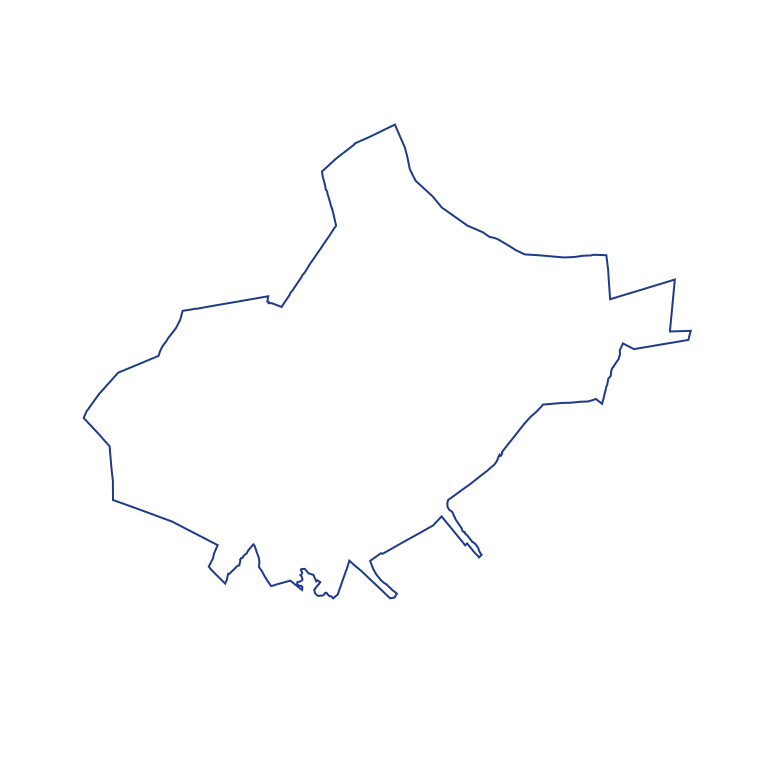 the district of Juchitepec, México, Mexico, rotated 112°
{"feature_id": "50627088B99333817375026", "entity_name": "Juchitepec", "entity_type": "district", "adm_level": 2, "iso_a3": "MEX", "parent_name": "Mexico", "parent_adm1": "México", "projection": "mercator", "projection_center": [-98.89, 19.099], "detail": "fine", "context": "isolated", "style": "outline", "palette": "blue", "viewbox_px": 768, "rotation_deg": 112, "n_neighbors": 0, "source": "geoboundaries", "source_scale": "gbopen_adm2", "svg_char_len": 5086}
<svg xmlns="http://www.w3.org/2000/svg" viewBox="0 0 768 768"><g transform="rotate(112 384 384)"><path d="M572.6,293.5L573.4,293.7L572.0,298.8L568.8,306.8L568.4,309.5L567.1,313.3L563.7,319.4L559.9,324.4L553.2,330.6L547.6,327.0L542.0,323.4L541.9,321.7L536.7,317.5L531.4,313.3L523.5,307.0L518.3,302.8L513.0,298.5L507.8,294.3L502.5,290.1L497.3,285.9L497.0,285.6L488.8,282.4L485.2,281.0L488.7,274.7L492.4,267.8L496.8,259.8L500.2,253.5L503.2,248.3L500.7,247.2L501.9,245.1L504.1,241.0L506.7,236.4L507.7,233.6L509.1,230.9L505.8,229.5L505.0,230.9L503.7,232.6L502.5,233.9L502.3,234.2L501.0,234.8L498.1,239.2L498.0,240.1L497.7,240.6L497.3,242.0L497.5,242.6L493.3,249.9L492.2,252.9L491.1,253.6L491.4,254.8L490.5,256.6L488.6,258.1L482.8,266.8L477.2,272.6L477.0,273.1L476.4,275.3L476.2,276.4L474.1,279.1L470.4,280.8L469.1,280.9L468.9,280.9L468.7,280.9L468.2,281.0L467.5,281.1L465.9,280.1L465.5,279.8L465.0,279.5L457.3,274.7L456.2,274.0L454.4,272.9L448.0,268.8L446.0,267.5L443.6,266.1L436.1,261.8L435.2,261.3L431.2,259.0L425.6,255.7L420.0,252.9L419.2,252.5L418.7,252.1L417.4,251.5L416.2,251.2L415.2,250.9L414.3,250.7L413.4,250.6L412.6,250.4L411.7,250.5L410.2,250.5L408.6,250.5L407.5,250.5L406.3,250.3L407.2,249.4L406.6,248.6L403.8,248.5L403.0,249.1L394.7,246.8L388.1,244.8L384.7,243.8L381.4,242.8L374.8,240.9L368.9,239.2L362.2,236.8L358.9,235.5L352.9,232.4L352.1,232.1L351.2,231.7L346.1,229.7L343.6,229.0L340.4,222.7L335.6,213.3L335.5,213.2L332.0,205.2L330.1,201.3L327.3,196.1L323.7,188.2L321.4,185.2L318.5,181.9L318.8,180.9L320.5,175.1L320.7,174.4L317.7,174.8L316.0,174.9L311.9,175.6L311.6,175.6L309.6,175.9L306.4,176.3L303.1,176.9L301.4,176.7L295.1,178.0L291.4,176.8L286.9,178.2L284.0,178.4L282.1,177.6L281.6,177.8L272.9,175.8L272.3,176.0L268.2,176.2L264.5,178.0L258.2,177.7L256.9,177.7L258.0,165.2L253.4,157.8L247.7,148.5L243.2,141.3L238.0,132.7L233.9,126.1L229.1,118.3L224.1,119.0L219.8,119.5L228.2,138.6L184.1,151.7L178.2,153.5L185.3,162.2L187.4,164.8L193.8,172.8L199.2,179.4L204.6,186.1L208.4,190.9L220.7,206.1L204.5,214.0L194.1,219.0L181.3,226.1L183.9,233.3L185.8,238.3L187.4,240.5L190.3,247.1L194.9,255.0L199.2,264.4L201.4,271.5L204.3,281.0L207.0,289.8L211.1,302.0L210.6,311.7L209.2,318.9L207.1,332.8L207.2,336.6L208.1,341.1L207.2,345.3L206.3,349.1L205.9,365.9L198.7,396.6L191.9,409.0L183.7,430.9L175.2,440.5L164.9,447.3L157.1,453.1L139.4,471.1L160.7,490.3L172.0,501.3L172.8,501.1L193.0,512.9L210.2,521.1L214.2,518.8L218.6,515.5L221.7,513.2L225.4,510.9L226.7,508.9L229.0,507.5L232.9,504.3L240.3,498.6L240.4,498.1L247.6,492.9L248.1,492.6L248.8,492.1L249.6,491.6L255.0,487.8L255.7,487.8L256.3,487.9L257.0,488.2L257.9,488.4L258.5,488.5L259.2,488.7L259.7,488.8L261.1,489.1L263.8,489.6L266.8,490.1L269.4,490.7L270.3,490.9L271.3,491.2L273.4,491.6L275.3,492.0L276.4,492.3L282.3,493.5L288.7,494.9L300.9,497.7L309.5,499.1L310.5,499.4L312.0,499.8L313.7,500.5L314.0,500.5L315.7,500.5L317.4,500.9L332.1,504.0L334.0,504.8L336.8,504.9L344.0,506.4L348.7,507.4L350.7,507.8L350.9,507.8L351.1,518.2L352.3,521.2L351.6,521.5L351.1,521.7L351.2,523.1L346.0,524.2L364.0,553.1L375.3,571.4L384.4,585.8L384.7,586.8L387.9,591.9L391.6,598.1L400.9,597.0L410.0,597.8L420.3,600.7L421.9,601.2L426.9,602.1L429.8,603.0L432.1,603.5L434.9,603.8L437.5,603.9L442.4,603.6L473.1,634.7L499.6,644.3L506.8,646.1L510.4,647.0L517.5,648.7L521.1,649.6L528.1,649.7L529.0,647.6L533.3,638.3L537.6,629.0L541.1,622.1L544.5,615.1L550.9,611.9L554.0,610.3L560.4,607.1L566.7,603.8L569.7,602.2L575.7,598.9L582.7,596.1L586.2,594.6L593.1,591.8L592.1,567.7L591.1,533.8L590.9,529.4L592.1,516.5L593.3,503.7L594.5,490.8L595.7,477.9L604.7,478.1L610.1,477.2L610.5,477.3L618.9,478.1L620.7,475.0L623.2,469.3L625.6,463.6L628.6,456.5L626.9,456.5L626.1,456.4L625.2,456.4L623.8,456.5L622.6,456.7L621.5,456.9L619.1,457.2L618.7,457.2L618.4,457.3L618.3,456.6L617.6,456.3L616.7,455.7L615.6,455.3L614.3,454.7L613.2,454.3L612.1,453.6L610.6,453.1L609.4,452.6L608.3,452.1L607.2,451.5L606.9,450.6L605.8,450.2L604.4,450.7L602.9,450.7L602.0,450.9L600.9,451.6L599.9,451.3L599.0,451.3L598.1,450.1L597.5,449.7L596.8,449.8L596.1,449.9L594.7,449.2L592.3,447.8L591.0,447.8L589.1,447.5L581.6,445.1L582.4,443.5L585.2,441.0L586.9,439.6L591.4,435.5L594.0,433.8L595.6,432.9L600.6,431.3L602.9,427.6L607.0,422.6L611.0,417.1L613.6,413.0L612.5,411.3L610.3,408.8L601.4,397.2L605.7,382.9L603.8,383.2L602.5,383.9L602.3,384.6L602.3,385.6L602.7,386.5L602.9,387.2L602.7,388.0L602.4,388.7L601.9,389.3L601.4,389.8L600.7,390.0L600.0,390.1L598.5,387.7L596.3,386.3L595.0,386.8L592.9,388.8L592.5,389.9L591.7,389.4L590.7,389.1L589.8,389.1L589.0,389.7L587.6,391.5L586.5,391.2L585.1,388.2L587.8,383.0L587.4,378.0L592.3,373.0L591.0,372.6L591.6,368.8L594.0,369.5L596.2,370.3L601.1,371.6L602.2,370.6L603.7,369.8L605.1,366.5L604.9,364.9L604.3,364.2L603.7,362.7L603.3,361.8L602.6,361.3L601.5,360.5L600.0,360.4L599.3,359.8L599.2,358.9L600.2,357.5L601.1,354.8L600.7,354.1L600.7,353.1L601.8,350.9L596.4,348.0L581.4,348.8L571.5,349.2L569.6,349.2L560.8,349.9L563.2,343.4L565.8,335.1L570.9,322.2L575.5,310.3L578.0,304.2L580.4,298.0L578.0,294.2L572.6,293.5Z" fill="none" stroke="#1e3a8a" stroke-width="2"/></g></svg>